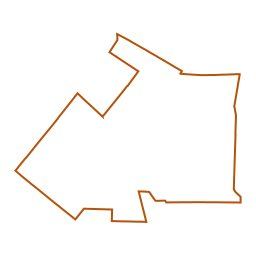 the district of Baraganul, Braila, Romania
{"feature_id": "2599482B45742388682810", "entity_name": "Baraganul", "entity_type": "district", "adm_level": 2, "iso_a3": "ROU", "parent_name": "Romania", "parent_adm1": "Braila", "projection": "albers", "projection_center": [27.528, 44.82], "detail": "fine", "context": "isolated", "style": "outline", "palette": "amber", "viewbox_px": 256, "rotation_deg": 0, "n_neighbors": 0, "source": "geoboundaries", "source_scale": "gbopen_adm2", "svg_char_len": 1998}
<svg xmlns="http://www.w3.org/2000/svg" viewBox="0 0 256 256"><path d="M240.6,202.5L240.6,198.5L240.6,196.8L237.5,193.9L236.0,192.4L235.0,191.5L234.8,191.3L234.8,190.8L234.2,189.6L233.8,189.5L234.0,182.4L234.8,156.2L235.0,151.5L235.1,147.0L235.2,144.7L235.3,141.4L235.4,141.0L235.4,140.8L235.3,140.6L235.5,135.5L235.6,135.3L235.6,135.1L235.5,134.8L235.4,134.5L235.4,134.2L235.7,124.2L236.0,115.7L234.6,107.4L234.2,106.8L235.0,102.1L235.6,98.6L237.1,89.8L238.4,82.0L239.7,74.7L239.7,74.2L239.1,74.1L231.8,74.4L223.5,74.7L221.8,74.7L211.9,75.1L211.4,75.0L207.7,75.1L206.4,75.1L205.5,75.1L202.5,75.1L200.3,75.1L198.7,75.0L187.6,74.3L180.7,73.8L180.4,73.6L181.9,71.1L175.1,67.2L168.3,63.1L164.0,60.6L143.9,48.9L143.7,48.8L137.9,45.5L130.0,41.0L129.8,40.8L128.0,39.8L121.0,36.1L117.2,34.1L117.4,38.4L117.4,40.0L115.7,42.7L114.6,44.3L109.5,52.2L112.2,54.0L117.9,57.8L138.3,71.3L137.5,72.4L136.3,74.1L135.1,75.8L133.0,78.6L131.3,80.9L128.7,84.5L127.8,85.8L127.2,85.9L126.8,86.5L124.7,89.2L121.2,93.6L114.1,102.4L103.4,115.6L103.0,115.6L102.6,115.6L102.4,115.7L102.4,115.8L102.3,116.1L102.4,116.5L91.2,106.1L85.4,100.8L77.5,93.3L71.7,100.8L60.1,115.4L58.3,117.6L57.8,118.6L50.2,128.0L40.1,140.3L26.0,157.9L25.9,158.0L25.6,158.1L25.1,158.7L24.8,159.0L23.5,160.7L22.3,162.1L21.8,162.7L17.5,168.1L16.4,169.5L15.5,170.6L15.4,170.7L17.3,172.3L23.5,177.6L31.7,184.3L36.0,187.7L37.1,188.6L42.4,192.9L47.1,196.7L48.2,197.7L75.3,219.4L78.9,215.0L82.4,210.6L83.9,208.7L112.1,209.5L111.8,221.0L113.6,221.1L122.8,221.4L127.2,221.4L131.0,221.5L133.2,221.6L137.8,221.7L141.1,221.7L146.3,221.9L144.4,214.2L144.1,213.0L143.0,208.7L138.7,191.4L142.2,191.5L145.3,191.6L147.2,191.8L148.5,191.8L148.9,191.9L149.1,192.0L149.3,192.1L150.4,193.6L152.1,196.2L153.6,198.3L154.8,199.9L155.2,200.5L155.4,200.6L155.6,200.8L156.6,200.8L158.3,200.8L161.5,200.7L165.2,200.7L166.1,202.2L166.2,202.4L167.6,202.4L178.0,202.3L198.2,202.2L198.3,202.2L218.2,202.3L238.6,202.5L240.6,202.5Z" fill="none" stroke="#b45309" stroke-width="2"/></svg>